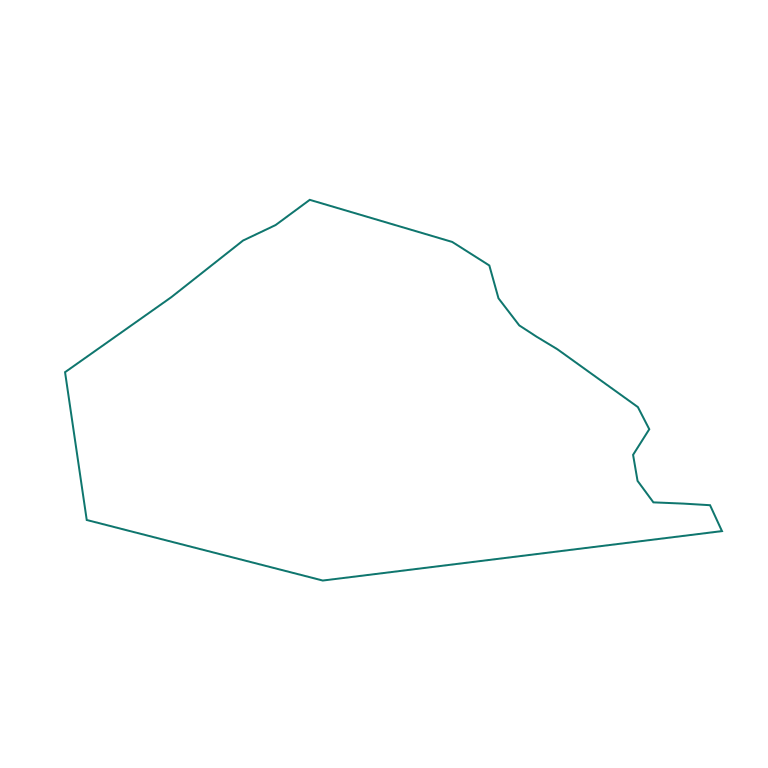 Cuitegi, Paraíba, Brazil (Albers equal-area conic projection), rotated 352°
{"feature_id": "56859067B86022496399521", "entity_name": "Cuitegi", "entity_type": "district", "adm_level": 2, "iso_a3": "BRA", "parent_name": "Brazil", "parent_adm1": "Paraíba", "projection": "albers", "projection_center": [-35.504, -6.895], "detail": "fine", "context": "isolated", "style": "outline", "palette": "teal", "viewbox_px": 768, "rotation_deg": 352, "n_neighbors": 0, "source": "geoboundaries", "source_scale": "gbopen_adm2", "svg_char_len": 428}
<svg xmlns="http://www.w3.org/2000/svg" viewBox="0 0 768 768"><g transform="rotate(352 384 384)"><path d="M698.2,576.7L690.0,549.4L663.8,544.1L634.3,538.7L621.6,515.2L620.8,488.8L640.4,465.7L632.2,442.2L560.5,373.7L541.7,358.4L526.1,344.8L509.3,315.1L504.8,281.3L471.3,252.8L336.1,191.3L298.8,211.5L264.4,222.3L185.3,268.5L69.8,327.9L70.7,477.3L296.0,570.1L698.2,576.7Z" fill="none" stroke="#0f766e" stroke-width="2"/></g></svg>